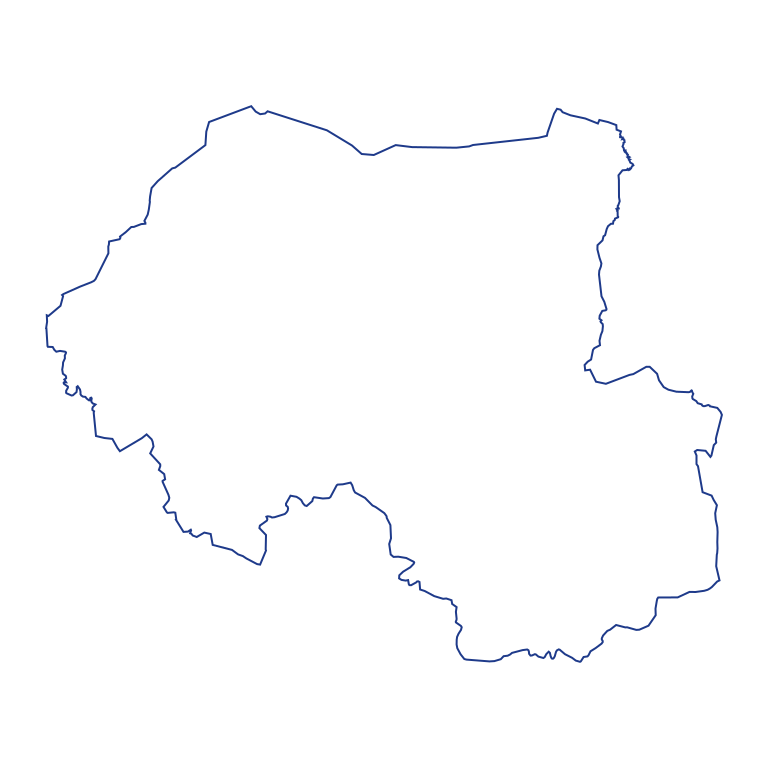 the district of Inešu pag., Vecpiebalgas, Latvia
{"feature_id": "27541924B64106347464123", "entity_name": "Inešu pag.", "entity_type": "district", "adm_level": 2, "iso_a3": "LVA", "parent_name": "Latvia", "parent_adm1": "Vecpiebalgas", "projection": "orthographic", "projection_center": [25.833, 57.007], "detail": "fine", "context": "isolated", "style": "outline", "palette": "blue", "viewbox_px": 768, "rotation_deg": 0, "n_neighbors": 0, "source": "geoboundaries", "source_scale": "gbopen_adm2", "svg_char_len": 6056}
<svg xmlns="http://www.w3.org/2000/svg" viewBox="0 0 768 768"><path d="M96.0,436.0L104.4,438.0L112.4,438.9L117.4,447.8L119.9,451.2L141.8,438.2L146.6,434.4L151.6,439.3L152.6,441.6L153.5,446.5L150.2,453.4L160.2,464.3L160.3,466.0L158.9,469.9L164.2,474.1L165.1,479.3L162.6,480.9L162.6,481.8L168.4,494.7L169.3,497.8L168.7,500.5L163.5,506.9L166.9,512.4L167.7,512.9L173.8,512.3L175.3,512.7L176.3,519.7L176.0,519.8L183.5,531.9L188.0,531.6L190.8,529.7L191.1,530.3L190.1,533.3L191.4,533.8L192.7,535.5L196.7,537.0L204.3,532.6L210.7,534.0L212.7,544.9L232.0,549.9L238.1,554.4L242.9,556.1L246.3,558.4L257.1,564.1L260.1,564.6L266.0,550.5L265.7,549.5L266.0,535.0L259.4,528.1L259.9,525.6L266.9,520.6L267.4,519.1L266.4,516.7L267.8,516.3L270.5,516.7L272.0,517.5L274.6,517.2L284.8,514.0L286.6,512.3L287.7,510.5L288.1,508.5L287.7,506.8L286.1,505.5L286.0,503.6L290.5,495.7L296.5,496.8L299.4,498.6L301.3,500.2L302.9,503.2L304.8,505.4L306.7,506.0L312.3,501.1L312.9,498.6L314.0,497.2L322.8,498.5L328.9,498.1L330.4,497.1L336.7,485.3L337.6,484.6L342.9,484.3L350.6,482.6L352.2,485.2L353.8,490.3L355.1,492.5L365.0,497.9L372.5,505.5L375.6,507.0L384.3,513.1L386.3,515.8L386.6,516.4L386.7,517.8L390.4,525.1L391.0,538.3L389.2,544.0L390.7,554.5L393.5,556.9L398.3,556.7L406.3,558.0L413.9,561.9L414.2,562.6L413.6,563.9L410.4,567.2L403.1,571.7L399.3,575.3L399.1,578.4L401.5,579.9L405.7,580.6L408.1,580.1L408.8,584.1L409.4,585.1L411.1,585.2L416.2,582.4L417.0,581.5L418.2,581.3L419.5,582.0L420.1,589.5L424.7,591.0L434.2,596.1L443.1,598.8L446.3,598.5L451.5,600.2L452.2,604.0L456.6,607.1L455.9,611.8L456.6,618.6L456.5,619.9L455.8,621.6L455.9,622.4L460.9,625.9L461.7,627.2L461.0,629.9L458.6,633.6L457.1,636.9L456.7,639.8L456.6,644.5L457.3,648.2L460.6,654.3L464.3,659.0L466.5,659.6L489.4,661.4L494.4,661.1L500.8,659.2L503.6,656.2L507.7,655.7L510.1,654.5L512.0,652.9L522.6,650.1L527.2,649.5L528.4,650.2L528.9,651.6L529.1,653.8L530.5,655.6L531.9,655.5L534.8,654.2L535.8,654.4L538.4,656.6L543.4,658.0L544.7,657.1L546.3,654.1L548.7,651.7L549.9,652.8L550.6,656.0L551.3,657.8L552.1,658.7L553.0,658.7L553.9,657.9L554.8,656.2L556.0,651.9L556.9,650.4L558.7,649.4L559.7,649.7L565.0,654.2L572.1,657.8L575.8,660.6L580.0,661.8L580.8,661.4L583.6,657.0L587.5,656.4L588.5,655.3L590.5,651.3L595.6,648.1L601.6,643.6L602.7,642.1L602.7,641.0L601.8,639.5L601.8,638.3L603.1,635.5L607.3,630.9L610.1,629.7L616.1,625.0L625.3,627.4L627.1,627.3L636.3,629.9L639.3,629.7L648.5,625.7L655.7,615.2L655.5,608.6L656.8,600.9L657.3,598.8L658.2,597.5L677.7,597.4L689.5,591.9L695.5,592.0L704.2,590.8L707.6,589.8L709.9,588.5L711.9,587.0L717.2,581.5L719.5,580.4L716.2,566.2L716.8,554.7L717.2,553.1L717.5,548.4L717.3,542.0L717.6,532.0L717.3,527.2L715.7,519.7L715.2,513.2L716.9,505.2L713.7,500.0L711.6,495.6L702.6,492.2L698.0,466.2L696.5,464.1L696.5,455.5L694.8,451.5L697.2,450.0L705.6,450.8L710.4,456.9L711.4,455.6L713.8,445.1L716.2,442.6L715.8,439.2L716.4,436.4L721.9,414.9L720.6,411.9L717.3,407.9L710.0,406.3L709.7,405.6L708.2,405.0L704.9,406.1L703.2,406.1L702.1,405.4L701.7,404.4L697.7,403.2L696.3,401.1L692.8,399.0L692.4,398.3L692.2,396.4L693.3,393.8L692.4,392.4L691.9,390.6L691.5,390.4L689.8,392.0L688.4,392.2L676.4,391.7L668.4,389.7L663.7,387.1L659.0,380.3L657.1,373.8L649.7,366.8L646.3,366.8L633.3,374.1L629.5,374.9L605.9,383.8L596.0,381.7L590.1,369.7L585.2,370.4L584.6,365.0L587.7,361.7L591.1,359.5L593.0,349.9L594.3,348.2L600.0,345.2L599.5,340.8L600.9,334.8L602.4,331.1L602.9,326.3L602.7,324.1L600.9,322.3L600.5,321.4L601.5,320.3L599.4,318.7L599.7,315.7L602.3,310.9L605.7,310.3L606.4,309.7L606.5,309.0L604.3,301.8L601.5,296.3L599.0,274.6L599.3,270.7L600.9,266.5L601.4,263.4L599.5,257.8L597.4,249.4L597.5,245.2L602.5,240.4L603.5,236.3L605.1,235.2L606.7,229.1L608.0,226.2L610.9,223.8L613.0,223.7L613.4,221.1L614.7,220.1L615.0,218.6L618.1,217.3L618.2,216.8L617.7,216.1L617.6,211.6L617.1,211.0L617.6,210.5L616.6,209.1L617.4,209.0L617.5,208.3L618.7,208.6L618.8,208.3L617.6,207.1L617.9,206.4L617.8,205.7L618.3,205.2L619.7,201.2L619.0,197.2L618.9,180.0L618.5,175.3L622.5,170.3L626.5,170.0L627.5,169.0L628.0,169.8L629.0,169.1L629.2,169.9L630.1,169.4L630.0,168.4L631.1,168.3L631.9,166.4L633.4,165.3L632.6,163.9L630.3,162.6L629.2,159.9L629.5,159.7L628.8,159.6L628.7,158.5L627.7,157.5L628.5,157.4L627.7,156.8L627.7,156.3L628.3,156.3L627.7,155.9L627.5,155.2L627.8,154.6L627.0,154.2L626.7,153.7L626.9,153.3L626.3,153.0L625.9,151.8L625.2,152.2L624.7,151.7L625.3,150.4L624.0,150.3L623.7,148.1L622.5,146.5L623.5,144.0L623.4,142.9L624.6,142.2L624.4,140.1L623.8,139.8L623.5,138.8L622.3,139.1L622.6,138.5L622.7,137.5L620.1,137.2L620.1,136.6L620.7,136.0L620.0,134.6L621.0,131.4L616.6,129.7L616.3,125.1L608.2,122.1L599.4,120.0L597.9,123.5L585.3,118.5L570.5,115.3L562.6,112.2L560.6,109.7L557.0,108.8L554.1,113.7L547.6,132.5L546.9,135.8L538.3,137.8L473.0,145.0L469.2,146.4L456.3,147.7L412.1,147.1L395.7,145.1L373.8,155.0L361.7,154.0L352.0,145.5L326.9,130.3L267.6,111.3L265.1,113.5L260.2,114.2L255.7,111.6L251.2,106.2L209.1,122.0L206.3,131.6L205.4,145.1L175.3,167.6L172.2,168.4L157.7,181.2L151.6,188.0L150.1,196.4L149.7,200.7L149.9,201.9L148.8,209.6L147.7,214.6L144.4,220.9L145.4,222.7L145.4,223.7L141.2,224.1L133.9,226.9L131.3,227.0L125.8,232.1L120.0,236.6L120.4,237.8L119.6,239.2L109.1,241.5L108.9,244.5L108.3,246.5L108.4,253.3L95.5,279.2L93.9,280.9L91.1,282.3L80.1,286.6L63.5,294.0L62.1,295.0L63.1,296.1L60.5,305.8L48.4,316.0L46.8,315.3L47.1,321.7L46.1,328.3L46.4,328.4L47.5,346.1L47.9,346.8L52.7,347.0L54.3,349.8L56.3,351.7L60.0,350.9L65.1,351.7L66.0,352.4L65.9,353.2L64.8,355.5L64.9,358.4L63.1,362.4L62.9,365.5L62.2,369.6L62.9,373.7L65.7,375.8L66.1,377.0L66.1,378.3L64.3,379.5L66.1,382.3L64.2,382.2L63.7,382.6L63.7,383.2L64.1,384.0L67.9,386.6L67.9,387.7L66.2,390.7L66.1,392.7L66.4,393.2L71.5,395.5L72.9,395.3L76.5,392.1L76.9,389.4L76.7,387.0L77.7,386.2L80.0,389.5L80.5,391.9L80.5,394.2L81.3,395.5L82.9,396.6L85.4,396.9L86.6,398.5L88.9,400.3L89.7,400.3L90.4,397.9L91.3,397.7L91.7,398.5L91.3,400.9L91.5,401.9L92.7,403.4L95.5,404.5L92.8,407.1L92.3,408.9L92.5,410.1L94.1,411.3L93.7,412.7L96.0,436.0Z" fill="none" stroke="#1e3a8a" stroke-width="2"/></svg>